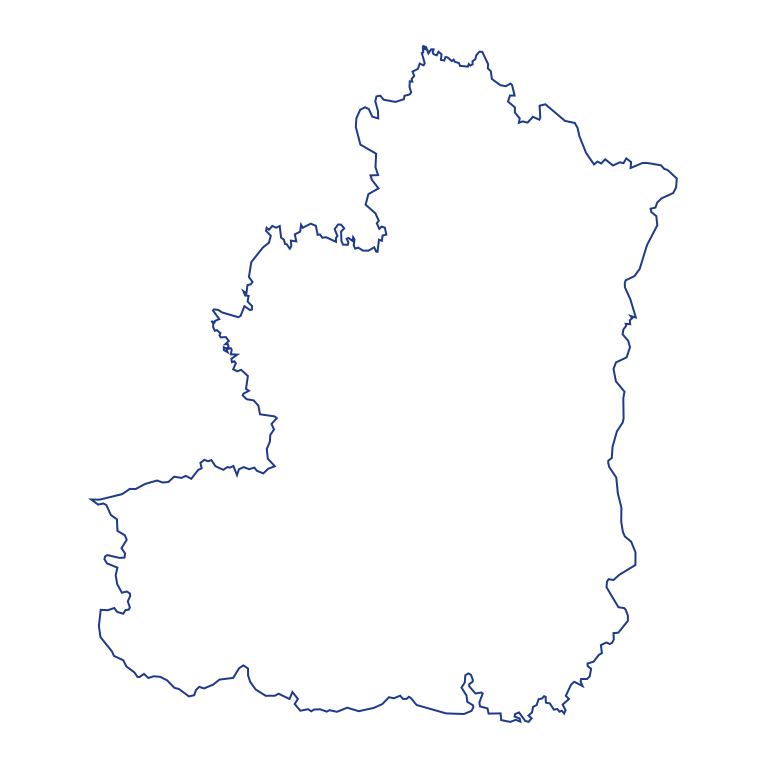 the district of Betafo, Vakinankaratra, Madagascar
{"feature_id": "10022922B74688195218658", "entity_name": "Betafo", "entity_type": "district", "adm_level": 2, "iso_a3": "MDG", "parent_name": "Madagascar", "parent_adm1": "Vakinankaratra", "projection": "robinson", "projection_center": [46.435, -19.892], "detail": "fine", "context": "isolated", "style": "outline", "palette": "blue", "viewbox_px": 768, "rotation_deg": 0, "n_neighbors": 0, "source": "geoboundaries", "source_scale": "gbopen_adm2", "svg_char_len": 6063}
<svg xmlns="http://www.w3.org/2000/svg" viewBox="0 0 768 768"><path d="M667.5,169.9L664.3,169.0L661.0,165.3L647.4,163.0L642.5,163.0L630.6,168.0L631.1,162.1L626.3,158.4L623.5,163.2L619.9,162.3L613.0,165.5L605.2,159.3L601.2,163.5L597.5,161.6L594.0,164.4L586.1,153.0L579.3,135.9L577.6,128.0L574.8,123.0L565.0,120.9L545.4,104.3L539.6,105.7L540.3,117.8L539.3,119.7L532.9,116.8L527.6,122.6L522.6,121.4L518.9,122.8L519.7,118.4L514.9,112.5L514.9,107.4L508.0,101.5L510.0,95.5L514.6,95.6L512.1,85.2L510.4,83.6L505.8,86.2L500.4,85.2L491.9,79.0L490.8,71.2L487.8,68.3L488.1,64.1L482.2,51.8L479.3,51.8L476.3,55.2L475.4,59.1L472.5,61.3L472.6,64.4L470.3,65.6L468.8,64.0L467.9,66.6L460.1,65.9L459.0,63.1L454.7,61.7L453.7,59.7L451.8,61.1L447.6,57.4L445.5,57.1L444.3,60.5L440.9,59.9L441.5,54.3L438.5,51.7L436.7,55.3L433.5,54.1L432.6,52.0L433.6,49.4L431.2,49.3L428.4,53.4L426.1,47.1L423.3,46.1L422.8,46.9L426.1,49.3L422.9,49.1L423.2,52.4L421.8,53.0L424.7,63.3L423.6,65.3L419.7,63.6L417.9,68.9L412.5,71.6L414.2,75.9L411.6,79.0L412.3,81.6L409.8,81.3L409.5,87.0L411.2,92.4L409.5,94.5L404.5,95.8L403.9,99.2L395.5,101.9L383.6,99.7L380.3,95.7L376.5,96.4L375.3,101.2L378.0,111.2L378.2,118.4L372.3,116.7L368.9,109.2L365.1,107.2L360.2,109.8L356.4,118.2L355.8,126.9L360.4,144.6L376.1,153.7L375.5,167.3L378.1,175.1L370.5,175.4L371.8,179.7L378.5,188.4L368.4,194.1L365.6,204.7L375.4,213.3L378.8,220.8L376.8,223.2L379.3,228.9L381.7,226.6L384.9,227.7L386.3,234.6L382.6,235.5L381.9,240.8L379.0,239.7L377.5,251.8L376.2,251.7L374.2,247.3L368.4,250.7L363.0,250.6L358.1,247.6L355.2,248.6L353.7,245.4L354.5,239.5L353.1,237.2L352.4,240.8L348.4,237.9L346.6,238.8L348.4,242.2L347.8,244.8L343.0,244.7L341.4,240.8L341.1,231.6L344.2,228.4L341.1,224.6L338.1,224.5L334.7,229.1L337.4,236.0L335.9,238.1L336.0,241.8L326.0,237.2L322.4,237.8L320.0,234.5L317.6,234.8L315.9,225.8L310.7,223.7L302.6,227.8L301.1,224.8L300.1,231.7L294.8,234.4L296.3,241.4L290.9,240.6L291.3,246.1L289.8,248.7L286.8,244.3L285.0,243.9L284.0,239.8L281.1,237.6L279.7,226.0L276.0,227.7L272.3,225.9L269.0,229.8L266.7,227.8L266.0,230.8L270.8,235.8L268.9,242.8L263.0,247.4L251.3,262.1L248.9,277.0L252.5,282.0L250.6,284.4L247.5,285.1L246.4,293.3L243.4,291.2L245.2,295.5L248.6,295.9L247.6,301.5L252.1,306.2L252.0,309.4L250.1,310.1L244.4,306.2L240.6,315.9L238.2,317.2L222.3,312.5L218.2,309.9L213.8,309.4L213.0,310.6L219.3,319.1L215.0,320.9L214.5,322.5L211.4,321.1L213.3,323.5L213.1,327.0L214.8,330.8L216.7,330.1L220.4,333.1L219.5,335.5L220.7,337.4L225.9,337.1L228.8,341.0L225.3,344.2L227.7,344.1L228.6,346.8L226.4,348.5L223.8,347.3L223.9,350.1L227.6,352.2L226.5,349.3L230.8,348.2L231.7,349.9L230.8,354.3L237.3,354.6L231.4,358.8L231.9,362.1L234.4,361.3L235.8,363.3L233.2,369.3L237.3,371.3L241.1,369.8L247.9,376.0L246.0,388.8L248.9,390.8L243.4,393.7L242.7,395.4L246.6,399.2L253.7,400.4L258.4,405.7L260.0,414.3L274.6,416.4L276.8,418.1L271.5,424.0L274.0,429.4L270.3,435.0L269.8,442.0L266.8,448.8L267.8,458.7L274.8,466.2L268.3,468.7L263.3,473.4L256.9,470.8L254.4,467.6L249.1,469.2L243.7,467.1L238.9,469.3L237.0,475.1L233.4,466.0L229.7,467.7L227.5,467.0L223.3,469.8L215.4,466.2L211.4,460.1L208.0,461.3L204.4,459.8L200.4,462.9L201.6,468.3L198.1,470.0L191.3,478.8L185.9,475.9L181.5,477.9L174.1,476.7L168.4,482.0L162.6,482.5L157.1,480.5L145.2,483.9L135.7,489.0L129.8,488.9L122.2,494.1L99.3,499.7L91.2,499.5L98.1,504.6L103.4,503.5L106.4,505.1L110.9,515.1L116.9,519.3L117.5,530.9L124.8,535.2L126.7,539.8L121.5,548.2L125.1,553.5L124.5,557.6L119.5,557.9L107.4,555.1L105.2,556.3L104.4,559.1L107.0,563.4L117.4,567.6L115.7,575.3L117.2,584.2L121.9,592.7L126.8,591.5L129.9,593.5L130.2,596.1L127.8,601.4L129.9,607.5L128.7,609.7L125.6,610.0L123.2,613.7L117.1,611.9L114.3,608.0L107.9,610.2L100.7,609.8L98.9,625.9L100.4,637.0L112.0,651.5L114.0,655.9L123.3,660.3L126.3,666.4L134.5,672.5L137.4,676.8L139.6,677.0L144.0,673.9L148.3,678.0L153.7,676.3L160.2,676.8L167.2,680.4L174.4,687.8L178.9,689.0L189.0,696.4L194.2,695.2L196.0,690.0L199.2,686.9L204.1,688.4L213.2,684.6L219.5,679.6L233.2,677.9L239.1,668.2L243.4,665.4L248.0,668.5L248.1,675.4L250.2,681.9L255.7,689.5L265.7,695.8L275.0,695.7L278.5,693.7L289.5,699.0L292.4,692.0L297.9,698.9L294.7,704.0L300.3,710.7L308.2,709.2L311.3,711.3L314.1,709.5L320.1,709.3L326.8,711.6L329.5,710.2L337.0,711.8L347.2,707.7L358.8,711.2L373.8,707.9L382.3,704.1L389.0,697.2L393.7,698.3L400.2,695.7L403.0,699.0L406.7,698.8L408.8,696.8L410.8,697.9L416.6,705.0L446.1,713.4L464.0,714.0L471.6,710.8L473.3,707.3L473.1,705.4L467.3,701.8L466.5,695.5L461.5,687.6L464.8,682.4L465.3,675.4L468.3,673.4L470.9,674.8L472.8,679.8L472.7,681.6L469.1,684.3L469.3,686.4L475.5,693.5L481.3,692.5L482.7,693.5L479.4,702.4L480.0,706.4L487.5,708.4L488.6,713.6L500.6,713.4L501.2,720.1L510.2,721.9L515.9,719.8L520.3,721.6L519.7,718.5L514.6,716.6L515.0,714.1L519.0,712.4L525.2,720.9L528.6,721.9L531.6,718.2L528.5,715.6L532.0,712.4L533.1,706.8L536.6,705.1L538.6,699.2L541.9,698.6L544.1,696.2L545.6,696.8L545.9,702.6L549.8,703.4L553.9,709.7L557.3,709.0L559.5,711.7L561.8,710.7L564.1,713.5L565.6,710.3L562.6,704.6L569.0,699.0L565.8,695.8L571.1,684.6L574.3,681.8L582.6,686.1L580.6,681.4L581.1,679.0L587.0,679.0L589.7,676.4L591.1,668.8L587.6,666.0L587.6,663.5L593.6,661.7L598.7,655.0L601.9,653.1L600.9,645.1L606.3,642.5L609.8,644.0L612.1,642.8L613.8,639.4L613.5,633.1L618.3,632.7L627.9,620.8L627.9,615.8L625.7,609.8L624.2,608.1L618.4,607.2L606.5,587.2L607.0,581.6L608.6,579.2L613.5,580.0L619.3,574.8L635.4,565.0L635.5,552.4L631.2,541.7L624.9,536.5L622.9,532.0L621.2,521.6L621.4,507.7L617.8,493.1L616.3,477.6L609.2,467.0L608.2,462.8L608.3,460.7L611.8,458.0L612.5,447.0L616.9,431.4L622.7,422.5L623.6,418.5L623.3,398.2L624.5,391.7L615.9,381.3L613.5,368.9L616.0,362.4L626.6,357.4L630.0,347.2L628.2,340.8L622.6,334.3L623.4,329.5L626.2,325.7L625.7,323.8L630.2,324.2L629.8,320.3L632.2,318.1L630.6,316.0L635.8,317.5L630.4,299.4L624.9,287.2L624.8,282.7L625.7,280.3L634.5,276.1L639.7,268.9L647.0,245.1L657.3,225.3L656.3,216.1L651.4,212.1L650.6,208.7L655.4,207.6L657.3,202.4L661.8,198.2L673.1,193.1L676.1,187.5L676.8,178.5L667.5,169.9Z" fill="none" stroke="#1e3a8a" stroke-width="2"/></svg>